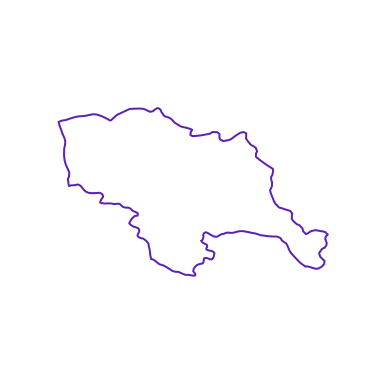 the district of Hantsavichy, Brest, Belarus, rotated 32°
{"feature_id": "67162791B6713137002494", "entity_name": "Hantsavichy", "entity_type": "district", "adm_level": 2, "iso_a3": "BLR", "parent_name": "Belarus", "parent_adm1": "Brest", "projection": "natural_earth1", "projection_center": [26.586, 52.677], "detail": "fine", "context": "isolated", "style": "outline", "palette": "violet", "viewbox_px": 384, "rotation_deg": 32, "n_neighbors": 0, "source": "geoboundaries", "source_scale": "gbopen_adm2", "svg_char_len": 4091}
<svg xmlns="http://www.w3.org/2000/svg" viewBox="0 0 384 384"><g transform="rotate(32 192 192)"><path d="M327.6,195.1L327.6,194.9L329.7,193.8L332.2,193.0L337.6,191.6L339.6,190.0L341.7,186.4L342.2,183.0L340.9,180.2L337.8,179.6L335.0,178.9L332.2,176.5L332.2,174.1L332.4,171.3L334.0,168.9L334.2,166.2L333.4,164.0L330.9,162.0L329.9,161.2L329.1,158.8L329.6,156.2L326.6,155.5L326.5,155.4L324.5,155.8L321.9,157.0L318.6,158.2L316.6,159.2L314.0,161.8L313.0,163.6L312.0,166.0L310.7,167.3L307.1,166.4L305.1,164.4L300.5,163.2L297.9,163.8L292.8,162.8L290.8,161.8L289.5,159.6L288.2,157.0L285.1,156.0L281.8,157.0L276.7,158.2L273.9,159.0L270.6,158.2L268.5,157.6L266.2,156.2L263.9,154.5L261.1,152.5L258.8,150.7L257.3,149.1L257.0,146.7L256.8,144.9L255.0,141.6L252.7,139.6L251.1,137.2L251.1,134.9L249.6,131.1L248.3,129.5L245.5,129.5L241.7,129.5L238.1,129.3L232.2,128.9L229.9,128.5L228.1,128.5L227.1,127.7L225.8,125.2L225.8,123.2L222.8,120.8L220.2,120.6L217.2,120.8L212.6,119.4L209.5,118.0L208.0,115.3L206.9,113.5L203.9,113.9L201.6,116.1L199.3,120.8L197.2,126.3L195.5,128.7L191.4,132.3L187.8,132.5L186.3,131.1L184.5,128.3L181.7,127.9L177.6,130.3L176.3,133.1L169.4,139.4L165.3,142.6L162.7,144.4L160.4,144.4L159.2,142.0L159.2,139.4L159.1,139.2L157.2,139.4L153.1,140.5L150.1,141.7L147.3,142.4L140.7,142.4L138.5,141.8L135.8,141.1L132.8,141.2L130.7,141.7L128.8,142.2L127.1,142.0L125.8,141.1L123.7,140.4L121.7,138.9L119.3,138.7L117.9,139.5L116.9,141.7L116.0,144.3L113.8,146.3L110.0,146.7L107.1,147.1L104.4,148.4L100.3,151.0L95.3,154.4L91.7,159.9L89.5,163.3L87.3,166.7L86.4,170.0L85.4,173.9L84.6,174.8L81.6,174.9L76.0,175.4L70.7,176.6L66.9,178.4L64.2,181.0L61.1,184.0L55.1,188.5L52.7,190.9L50.5,193.4L47.1,197.5L43.3,201.0L42.0,203.0L41.8,203.3L44.5,205.9L48.5,208.9L50.7,210.8L55.3,213.9L57.9,216.4L59.6,219.9L60.5,222.7L63.9,228.5L67.2,232.7L70.8,235.9L74.2,238.1L77.6,240.5L79.5,244.1L79.9,246.9L81.2,248.3L82.5,250.0L83.6,251.2L84.7,252.0L86.0,250.4L87.7,249.2L89.5,247.9L90.5,246.7L91.8,245.9L94.3,245.8L97.3,246.8L99.7,247.6L101.8,247.9L103.9,247.7L106.2,246.9L108.5,245.5L111.4,243.6L114.1,241.6L115.7,241.4L117.5,241.6L119.2,243.1L119.0,245.5L119.1,247.2L119.3,248.6L119.6,249.5L120.8,249.5L124.0,248.1L126.2,246.6L128.1,245.4L129.5,244.6L132.4,243.5L134.6,241.8L136.1,240.7L137.9,240.5L139.9,241.0L141.6,241.2L143.2,240.7L144.5,240.2L146.1,239.1L147.5,238.7L149.3,238.8L151.0,239.3L152.6,239.3L154.5,238.9L157.0,238.7L158.0,239.7L158.3,240.9L156.3,242.6L155.6,244.3L155.3,245.7L155.1,246.9L155.2,250.4L155.5,251.9L157.5,252.4L161.0,252.3L163.0,251.7L165.3,251.3L166.5,251.5L167.8,252.7L168.4,254.6L168.4,255.9L168.6,257.0L169.0,258.0L170.1,258.4L171.5,258.5L172.5,258.3L175.5,257.4L178.7,257.6L182.3,258.7L183.7,260.4L186.9,263.7L188.1,265.0L188.9,266.1L190.2,267.8L191.6,269.2L192.9,270.5L193.1,270.4L195.6,269.7L198.0,270.0L199.4,270.2L202.0,270.5L204.4,270.1L206.4,269.5L208.0,269.3L210.6,269.2L214.7,269.2L217.4,269.3L219.8,268.6L221.7,267.6L222.9,266.9L225.8,266.5L227.7,266.3L230.1,265.8L231.9,264.7L233.3,264.0L235.1,263.3L236.8,262.5L238.3,261.7L238.9,261.0L238.5,260.0L237.4,259.4L235.1,258.6L234.2,256.5L234.2,253.8L234.9,251.5L236.3,249.4L237.4,248.3L238.9,246.9L238.8,245.2L238.0,243.2L237.4,241.9L238.2,240.8L240.3,239.9L242.5,239.6L244.5,238.7L244.9,236.9L244.6,235.1L243.7,232.6L243.4,231.9L241.9,231.5L240.5,231.5L238.2,232.3L236.2,233.0L234.5,233.0L233.9,231.8L233.9,230.5L233.2,229.3L231.7,228.9L229.7,229.3L227.7,229.3L225.7,228.5L226.3,227.1L225.9,225.3L225.6,224.0L224.2,222.5L224.1,220.4L224.9,218.9L226.9,218.4L230.3,218.4L233.5,218.2L234.9,217.8L236.5,217.0L237.3,216.0L237.9,214.9L239.1,212.5L241.4,210.3L242.5,208.6L244.2,207.2L246.3,206.3L248.3,204.9L249.1,204.2L250.6,202.5L252.0,201.0L254.2,199.2L256.8,197.8L261.1,196.1L263.7,195.2L268.2,193.4L273.2,192.2L276.5,190.7L280.0,189.1L282.8,187.6L285.2,186.3L286.9,185.2L288.3,184.6L289.7,184.4L291.5,184.2L293.4,185.2L294.9,185.6L297.2,185.7L299.1,185.7L301.8,187.2L303.8,188.7L306.6,190.5L308.8,191.4L312.9,192.6L316.0,193.4L319.2,194.2L322.3,194.8L324.5,194.9L327.6,195.1Z" fill="none" stroke="#5b21b6" stroke-width="2"/></g></svg>